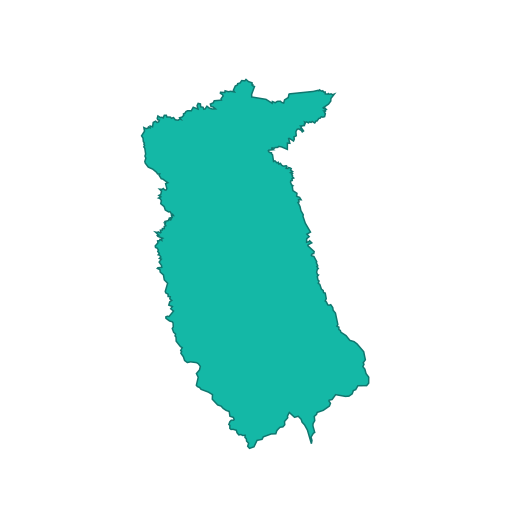 Aracataca, Magdalena, Colombia, rotated 113°
{"feature_id": "7082276B34642639591656", "entity_name": "Aracataca", "entity_type": "district", "adm_level": 2, "iso_a3": "COL", "parent_name": "Colombia", "parent_adm1": "Magdalena", "projection": "equal_earth", "projection_center": [-73.935, 10.652], "detail": "fine", "context": "isolated", "style": "filled", "palette": "teal", "viewbox_px": 512, "rotation_deg": 113, "n_neighbors": 0, "source": "geoboundaries", "source_scale": "gbopen_adm2", "svg_char_len": 6135}
<svg xmlns="http://www.w3.org/2000/svg" viewBox="0 0 512 512"><g transform="rotate(113 256 256)"><path d="M129.6,265.9L126.0,267.9L123.4,267.7L122.4,266.6L122.7,263.3L123.7,261.9L122.3,261.1L120.8,263.5L121.0,264.8L119.5,264.6L119.0,265.8L117.0,262.4L115.8,263.1L115.1,262.4L113.7,263.6L113.8,262.6L112.8,261.9L113.0,259.7L111.6,259.2L111.5,257.5L110.2,256.8L110.6,253.9L108.3,253.5L107.9,252.6L104.8,251.9L104.1,250.8L102.3,250.3L102.1,248.8L100.9,247.3L97.9,247.8L97.2,249.0L96.3,248.9L96.0,250.0L95.4,248.8L94.5,249.5L93.7,248.5L92.9,250.2L93.7,251.6L93.3,252.1L87.8,248.6L84.2,247.7L81.8,248.6L76.4,247.2L77.6,248.4L77.4,250.1L78.6,252.1L78.2,252.9L79.1,253.4L79.7,255.6L78.0,256.4L78.6,257.7L77.8,259.1L78.6,259.8L78.3,262.6L79.4,262.7L79.4,263.8L82.1,267.5L93.6,288.4L94.2,288.9L97.5,288.2L101.1,290.7L104.4,290.3L104.6,292.4L104.0,294.0L105.3,296.8L107.4,298.2L107.4,301.3L109.1,300.8L107.9,308.0L111.3,322.1L108.8,323.2L100.6,323.6L100.6,325.4L99.7,325.8L100.1,326.4L98.1,327.3L98.4,331.1L97.4,334.2L99.1,334.7L100.1,337.7L103.0,338.3L104.5,340.2L105.9,340.0L107.6,341.5L112.3,341.6L113.4,339.9L114.3,343.7L115.6,345.6L116.0,349.0L117.7,348.6L119.1,352.6L120.1,352.4L120.6,349.8L121.5,348.8L124.9,349.6L126.0,348.7L129.4,355.1L131.7,355.2L134.0,357.4L135.9,355.9L135.6,353.6L136.4,350.8L137.7,353.5L138.1,356.7L137.3,359.7L140.5,360.3L141.3,361.4L139.8,362.8L140.3,365.2L137.7,366.6L138.1,368.9L140.6,369.0L143.4,366.8L143.6,371.9L147.6,372.3L149.0,375.7L150.4,376.9L152.3,377.2L153.5,378.3L154.9,377.5L157.2,378.5L158.5,380.3L159.6,378.4L159.7,379.8L161.4,380.6L162.2,383.5L160.8,386.0L162.3,387.7L161.6,389.0L162.9,392.4L161.5,393.5L162.3,395.4L165.2,395.4L165.1,396.8L165.9,398.2L165.4,401.0L167.9,400.7L168.9,399.7L168.7,398.0L170.6,398.0L171.8,399.3L171.1,401.1L173.2,402.8L177.5,401.7L177.7,404.2L179.4,403.6L179.2,405.4L180.6,405.4L181.7,407.0L181.6,409.4L184.6,407.4L190.1,408.3L191.6,406.1L194.7,404.4L195.6,402.9L196.9,402.9L197.7,401.7L199.4,401.9L200.2,400.5L205.3,397.4L207.4,397.3L209.0,395.6L212.4,395.3L213.8,394.2L216.3,389.9L216.4,385.0L217.8,380.3L218.9,378.7L218.1,376.7L219.5,376.8L221.9,373.4L221.6,371.9L223.0,365.8L224.7,367.5L228.9,364.3L230.6,364.7L230.8,366.0L230.1,367.7L231.4,368.5L232.2,370.9L233.2,368.3L236.7,367.7L238.2,369.1L238.7,366.7L240.7,368.3L240.6,366.9L241.9,364.8L245.1,364.1L246.4,359.9L249.1,357.5L249.6,353.7L248.8,352.5L250.2,350.4L250.2,349.0L251.0,347.8L251.6,349.7L253.1,348.3L255.0,350.6L255.7,350.3L254.8,348.5L256.2,348.6L256.5,350.6L257.6,350.5L259.8,353.3L260.5,352.4L261.3,353.2L261.5,352.2L262.4,352.3L263.4,350.9L264.7,352.0L266.6,351.1L267.3,352.9L268.7,352.4L269.6,354.1L271.5,352.7L272.1,353.1L272.0,355.4L273.0,356.2L273.3,357.8L274.8,353.7L275.7,354.9L276.3,354.0L276.1,348.8L277.2,349.6L278.5,348.8L278.2,350.8L279.7,350.9L280.5,352.5L282.2,351.4L286.1,352.7L287.4,351.8L287.4,350.0L288.6,348.2L290.3,348.2L291.3,346.1L293.1,346.5L292.9,345.1L294.1,343.2L296.0,344.0L295.9,341.9L299.4,342.8L301.6,339.3L303.3,338.3L305.1,341.7L306.0,342.0L306.1,339.1L308.2,337.9L309.6,333.8L313.8,331.1L315.6,326.7L324.0,325.7L325.2,324.7L325.5,322.0L327.6,321.1L327.0,319.0L329.1,318.6L329.8,316.2L331.9,317.5L335.3,317.1L335.2,313.2L337.9,313.9L338.9,310.4L345.7,312.4L346.1,314.1L347.3,315.2L348.6,314.5L349.6,310.2L349.3,307.3L350.0,306.2L353.7,304.4L355.4,304.8L358.4,302.0L359.3,299.5L361.2,299.3L361.9,297.9L365.6,296.2L368.9,290.2L369.2,288.1L372.4,288.4L373.1,287.1L374.8,287.2L377.2,283.4L380.1,280.9L380.9,277.6L379.0,274.9L377.4,269.1L377.7,266.9L379.4,264.1L383.0,263.5L387.5,264.9L390.2,261.8L398.3,260.4L399.1,258.9L399.1,256.5L400.2,254.5L399.9,246.6L400.6,241.9L404.9,240.3L408.1,233.1L407.8,229.5L409.1,226.7L409.8,223.2L409.6,219.9L413.7,217.4L413.4,213.8L415.0,212.2L415.9,212.5L416.8,214.6L418.8,215.3L421.7,215.2L422.1,213.9L424.9,212.7L425.4,211.2L424.5,209.4L424.1,206.0L426.1,204.4L427.4,201.9L426.2,200.1L426.4,198.2L425.3,195.9L427.4,195.2L427.9,193.6L430.1,192.3L431.2,189.7L434.4,189.3L435.6,186.8L432.4,183.3L425.3,183.0L422.4,178.8L419.6,178.6L413.9,172.5L411.9,168.3L408.7,168.6L406.2,167.8L404.2,166.9L402.8,164.5L400.1,163.6L397.2,165.1L392.5,163.6L391.1,164.5L387.0,164.2L389.4,157.5L387.0,154.5L388.7,150.6L391.0,148.6L392.5,145.3L396.1,140.7L407.1,131.7L403.9,132.4L401.2,134.6L396.6,133.9L395.5,133.0L390.2,137.2L388.0,138.0L384.6,137.6L380.9,139.7L378.2,138.4L376.1,138.6L371.8,133.8L365.5,129.8L362.5,129.9L361.0,132.2L360.1,132.3L358.4,129.9L352.5,128.5L350.3,118.8L348.7,115.7L345.3,113.6L341.8,113.8L340.1,112.0L335.6,111.5L332.1,103.5L329.0,102.6L323.5,104.9L321.2,108.8L317.6,111.6L316.1,114.4L313.5,114.3L312.4,115.6L308.8,114.8L302.0,119.5L297.4,128.7L296.5,132.4L297.0,136.7L294.1,142.0L293.0,148.1L291.6,149.3L291.3,151.0L289.1,151.9L289.0,154.1L287.1,153.9L277.5,160.6L275.8,163.8L273.5,165.2L271.6,168.2L272.8,169.5L272.9,170.9L270.8,173.2L270.4,174.7L267.8,174.7L263.1,177.8L263.3,179.5L261.5,180.7L261.0,182.8L257.2,186.2L256.8,188.0L254.4,188.2L253.8,189.7L250.9,191.6L249.1,191.1L249.2,192.1L247.2,193.9L244.0,194.4L243.3,193.8L241.9,195.9L241.0,195.3L238.6,197.9L237.6,197.8L233.8,202.5L234.1,204.7L233.6,205.4L231.8,205.0L231.2,203.8L229.2,204.2L226.3,212.3L225.4,212.5L222.1,209.8L221.0,212.6L222.2,213.0L223.6,214.8L220.3,216.1L217.4,214.6L216.0,217.7L212.7,215.2L206.5,223.5L201.1,228.3L199.6,228.6L196.7,232.4L193.3,234.8L190.3,238.3L189.4,237.5L187.5,238.9L186.6,236.5L185.0,238.8L185.2,241.9L182.3,242.8L181.4,247.6L177.4,250.0L176.9,249.5L176.5,251.2L174.7,253.0L173.3,253.4L172.3,252.1L170.8,253.1L169.5,251.8L168.9,253.5L167.7,253.8L167.2,254.9L165.7,254.6L165.8,256.7L164.0,255.3L163.5,257.7L161.8,257.7L161.6,259.3L161.9,260.7L163.0,260.8L163.5,262.5L161.4,262.6L161.1,263.4L162.6,265.8L162.5,267.7L161.2,269.7L162.5,270.8L161.0,272.1L162.1,273.1L161.0,275.8L162.1,276.8L156.3,280.4L155.8,281.8L155.0,282.1L155.4,284.2L154.4,285.8L153.6,285.6L151.4,281.6L151.1,283.4L150.2,283.5L149.7,281.3L148.7,280.8L147.5,278.4L146.3,278.0L145.6,275.4L145.6,268.8L139.8,271.2L139.0,268.9L135.1,271.9L134.7,271.4L135.5,266.4L133.5,266.4L131.6,267.6L129.6,265.9Z" fill="#14b8a6" stroke="#0f766e" stroke-width="1.5"/></g></svg>